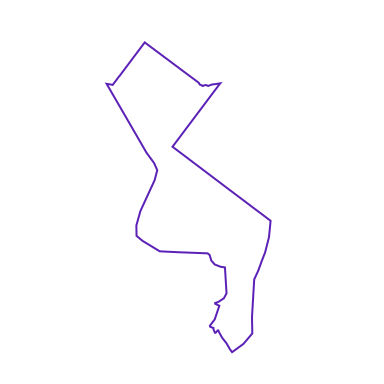 outline of Al Dibab, South Kordufan, Sudan, rotated 217°
{"feature_id": "16777658B84287593257313", "entity_name": "Al Dibab", "entity_type": "district", "adm_level": 2, "iso_a3": "SDN", "parent_name": "Sudan", "parent_adm1": "South Kordufan", "projection": "orthographic", "projection_center": [28.672, 10.319], "detail": "fine", "context": "isolated", "style": "outline", "palette": "violet", "viewbox_px": 384, "rotation_deg": 217, "n_neighbors": 0, "source": "geoboundaries", "source_scale": "gbopen_adm2", "svg_char_len": 1209}
<svg xmlns="http://www.w3.org/2000/svg" viewBox="0 0 384 384"><g transform="rotate(217 192 192)"><path d="M89.7,159.6L91.7,168.9L94.8,179.0L97.2,187.6L103.3,202.2L111.9,216.3L133.7,216.3L159.0,216.3L171.7,216.3L227.6,216.4L234.8,216.4L234.8,218.5L234.9,287.9L234.9,294.1L234.8,295.8L236.2,294.4L238.1,292.4L238.5,292.0L240.8,289.8L241.6,288.5L242.1,287.8L242.6,286.9L242.9,286.4L244.0,286.2L244.7,286.0L245.9,285.3L246.7,284.0L247.2,283.1L247.9,282.9L248.4,283.1L249.0,282.9L249.8,282.7L250.4,282.5L251.1,282.7L251.8,283.1L252.4,283.3L253.3,283.3L271.0,283.2L319.8,283.0L319.7,242.4L319.7,240.9L319.8,240.5L319.8,230.3L319.8,229.8L320.1,229.7L325.3,227.0L286.9,210.8L252.0,196.0L239.7,192.3L232.9,188.5L229.0,179.1L221.7,145.6L216.3,131.8L209.9,123.6L202.0,123.2L182.1,125.2L177.8,128.1L166.2,136.0L142.6,152.4L140.0,152.3L135.4,148.9L130.3,147.8L124.4,149.4L120.3,151.6L103.4,131.8L102.6,126.3L104.1,122.0L104.8,120.1L106.7,117.3L106.1,116.7L101.7,117.6L97.2,104.0L97.2,95.9L96.4,95.3L93.0,96.3L92.4,95.4L89.0,93.4L88.5,93.7L88.3,94.9L88.2,96.9L87.6,97.3L86.9,96.7L80.1,93.7L73.3,91.9L67.0,89.2L63.6,88.2L59.5,101.7L58.7,115.3L68.8,128.2L89.7,159.6Z" fill="none" stroke="#5b21b6" stroke-width="2"/></g></svg>